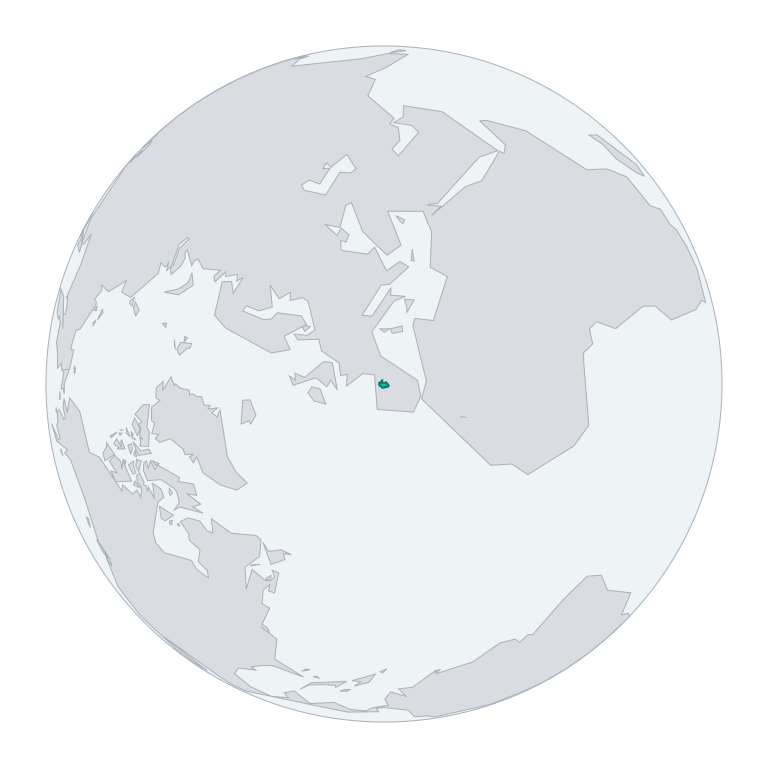 globe centered on Burgos, rotated 274°
{"feature_id": "ESP-5810", "entity_name": "Burgos", "entity_type": "Autonomous Community", "adm_level": 1, "iso_a3": "ESP", "parent_name": "Spain", "parent_adm1": "", "projection": "orthographic", "projection_center": [-3.389, 42.329], "detail": "fine", "context": "on_globe", "style": "filled", "palette": "teal", "viewbox_px": 768, "rotation_deg": 274, "n_neighbors": 0, "source": "natural_earth", "source_scale": "10m", "svg_char_len": 12362}
<svg xmlns="http://www.w3.org/2000/svg" viewBox="0 0 768 768"><g transform="rotate(274 384 384)"><circle cx="384" cy="384" r="338" fill="#eef3f6" stroke="#a8b0b8"/><path d="M97.8,563.6L91.7,552.9L84.8,539.7L72.0,512.9L55.5,458.3L55.9,449.1L54.1,437.7L60.3,430.8L61.3,406.9L59.9,399.0L56.7,401.5L54.2,371.0L56.9,349.3L68.1,267.7L73.4,253.9L80.0,241.4L116.6,181.8L85.5,227.8L93.5,212.9L106.0,193.4L106.5,193.7L125.0,170.5L136.7,156.4L163.2,133.0L191.5,119.0L183.2,125.4L191.0,122.1L201.9,114.1L207.2,109.9L248.7,93.5L286.7,76.5L293.0,70.2L296.1,73.0L304.3,61.5L321.3,55.3L305.5,63.2L306.6,64.8L319.8,60.5L323.8,61.3L332.5,60.0L336.0,61.7L326.6,67.1L328.7,68.5L337.9,65.5L347.3,65.9L333.4,70.0L348.3,71.4L335.3,82.4L295.2,94.9L291.2,105.2L258.8,130.0L265.1,130.2L256.8,140.8L260.9,145.2L253.7,149.3L263.3,149.5L269.1,144.9L275.2,143.7L278.2,146.1L269.5,151.5L266.8,151.1L265.8,154.0L260.2,155.7L264.6,156.2L253.8,163.0L268.9,160.1L263.8,168.8L255.4,172.3L250.8,166.8L219.7,164.1L209.7,167.3L200.4,176.6L194.5,204.1L185.8,210.3L178.1,222.5L185.4,220.9L194.0,211.0L205.7,212.0L214.8,200.6L220.9,199.6L232.6,190.6L236.7,197.7L234.4,209.8L224.9,217.9L223.7,223.7L237.5,221.2L224.5,242.1L224.0,266.9L219.9,272.1L203.5,272.0L191.4,258.1L170.0,260.9L189.8,265.3L179.4,279.7L180.2,285.0L184.2,288.3L190.5,285.5L188.2,292.1L167.8,289.4L169.6,283.3L176.0,284.0L170.2,277.9L156.4,277.6L152.3,285.6L135.8,279.0L132.6,284.9L127.3,287.2L133.4,278.0L122.0,294.9L102.0,294.2L86.1,324.0L95.3,292.5L94.7,281.5L92.5,271.5L89.6,276.1L90.5,258.6L84.7,255.1L72.6,272.2L64.5,293.9L64.4,310.6L69.0,306.0L71.6,315.6L60.0,332.6L62.9,356.2L57.0,373.1L56.6,388.5L60.5,395.9L63.8,410.6L69.5,406.8L77.3,412.1L73.9,427.7L80.9,419.9L83.4,433.5L100.9,454.4L98.7,456.3L112.9,491.8L133.8,517.8L138.7,532.8L135.6,537.3L144.1,545.3L144.3,549.7L182.8,579.0L206.5,600.2L208.4,614.2L193.9,621.4L192.9,644.7L170.1,637.0L172.5,643.8L169.1,644.8L165.2,641.5L146.1,624.0L128.5,605.2L112.3,585.0L97.8,563.6ZM80.9,332.2L84.7,367.6L77.9,356.8L80.0,356.7L80.0,345.6L78.5,330.1L73.8,321.7L80.9,332.2ZM92.9,326.8L91.8,321.9L93.5,325.6L92.9,326.8ZM208.9,108.0L201.7,114.0L190.4,121.2L195.9,116.0L208.9,108.0ZM231.0,96.3L228.7,98.8L220.3,101.2L224.2,98.9L231.0,96.3ZM296.7,66.1L290.0,68.8L295.1,66.0L296.7,66.1ZM333.0,59.6L333.7,58.7L337.9,58.5L333.0,59.6ZM229.5,187.5L231.0,189.0L228.0,189.8L229.5,187.5ZM233.2,182.3L228.7,182.1L229.8,179.7L232.5,179.8L233.2,182.3ZM347.2,61.1L353.8,61.4L345.5,61.9L347.2,61.1ZM238.4,183.1L232.3,175.4L234.3,171.2L246.3,168.5L238.4,183.1ZM356.6,62.2L372.8,63.7L375.6,61.6L376.8,69.3L362.7,65.0L351.9,65.7L357.5,63.9L356.6,62.2ZM269.6,142.5L263.6,147.4L265.8,141.2L269.6,142.5ZM269.6,138.9L267.7,123.1L278.2,117.7L276.7,123.8L287.9,115.4L293.9,120.4L289.1,126.2L281.1,128.6L289.5,128.8L269.6,138.9ZM374.9,73.7L377.4,75.2L373.0,74.7L374.9,73.7ZM277.9,142.7L276.6,139.8L285.5,134.7L289.7,139.7L285.5,139.7L277.9,142.7ZM288.0,111.0L295.3,108.5L302.2,111.7L306.0,111.3L295.0,120.1L288.0,111.0ZM285.0,142.1L291.6,142.5L290.2,147.2L279.7,145.3L285.0,142.1ZM286.0,131.4L290.5,129.3L289.4,132.1L286.0,131.4ZM288.7,165.1L286.9,161.2L291.4,158.1L288.7,165.1ZM294.2,142.3L294.7,140.7L296.3,139.2L300.3,140.5L294.2,142.3ZM300.6,122.0L301.9,124.1L305.5,118.5L310.8,121.2L302.4,126.7L308.2,125.4L309.9,126.3L301.2,130.0L300.6,122.0ZM309.0,137.5L300.2,146.2L302.5,153.8L298.6,156.7L295.6,143.9L309.0,137.5ZM305.2,132.7L306.7,136.2L301.0,137.7L296.5,136.2L305.2,132.7ZM317.4,121.1L311.4,115.6L313.4,114.6L317.4,121.1ZM310.8,139.3L312.9,137.2L311.6,139.7L310.8,139.3ZM316.6,126.2L314.2,124.3L316.6,123.2L316.6,126.2ZM319.1,134.9L316.2,137.5L313.0,136.5L319.1,134.9ZM318.8,130.7L322.7,129.7L313.6,134.5L317.4,129.9L318.8,130.7ZM319.2,125.5L319.9,124.3L319.9,126.5L319.2,125.5ZM332.6,137.7L322.0,144.0L315.1,141.5L326.3,135.6L332.6,137.7ZM595.5,120.5L590.3,116.4L593.2,119.3L587.3,115.2L600.9,127.0L593.0,121.6L607.4,134.1L610.8,135.6L601.7,126.5L617.6,140.7L618.6,140.8L635.4,158.2L651.0,176.8L665.1,196.5L677.9,217.2L689.1,238.7L698.7,260.9L706.7,283.8L701.8,271.4L705.9,286.1L702.1,276.9L694.5,269.8L698.4,291.1L707.0,339.5L714.1,365.4L714.5,384.9L700.4,364.7L689.4,344.2L687.3,354.1L670.4,347.8L649.7,375.5L644.1,371.6L640.8,380.2L628.4,382.9L618.9,375.6L612.6,382.3L637.4,401.0L643.8,393.8L645.5,375.6L651.5,384.4L663.0,384.1L659.7,423.0L624.7,481.1L616.9,463.1L567.7,424.7L566.7,417.1L566.3,416.4L565.5,415.2L565.4,428.4L555.5,419.7L586.5,451.4L593.6,467.3L624.2,482.8L622.4,487.7L631.0,488.5L653.1,461.2L654.2,467.9L646.4,508.0L611.9,571.3L614.1,591.8L607.4,611.9L580.5,636.9L577.5,647.8L562.8,658.4L558.3,664.8L543.4,675.7L520.6,688.3L487.7,699.1L489.9,695.2L480.0,689.8L467.9,666.2L480.8,648.9L479.6,636.8L455.3,611.2L461.0,591.8L453.4,585.1L438.4,589.4L429.1,580.9L419.6,581.7L357.1,591.2L335.5,577.7L303.6,533.8L313.1,517.3L310.4,496.1L371.8,422.5L389.9,426.1L444.0,408.8L451.6,410.2L450.7,428.8L495.6,439.7L503.7,421.9L539.0,420.9L559.0,410.9L556.6,375.6L523.7,391.3L512.7,378.0L534.7,352.0L562.7,338.9L559.3,333.4L537.1,329.2L539.0,314.3L528.9,326.8L536.4,330.5L530.3,338.8L523.1,336.0L524.0,330.6L514.3,332.0L512.4,358.5L519.8,365.1L497.1,378.6L507.2,391.3L502.7,400.5L483.9,382.7L482.3,374.2L451.1,357.4L450.8,367.3L480.2,384.2L473.1,384.4L472.9,399.3L467.4,388.2L435.4,368.3L411.9,378.5L389.9,417.3L374.5,421.5L358.0,415.3L358.2,379.0L392.5,373.9L393.0,362.2L379.3,346.6L390.9,346.8L389.5,340.2L401.9,337.7L412.6,319.5L424.1,315.7L421.9,295.1L427.6,290.7L427.2,303.9L433.1,311.4L461.0,302.6L464.5,296.9L460.8,284.6L469.0,284.3L461.9,273.5L474.7,263.5L453.1,267.2L448.2,254.1L452.5,241.3L447.0,238.0L440.0,259.0L440.8,267.0L447.6,272.6L446.2,296.4L438.0,302.6L424.8,281.1L411.7,287.9L407.1,269.3L428.8,222.0L441.0,210.1L474.7,215.5L475.6,224.8L463.9,227.2L480.5,236.1L476.4,230.0L483.1,230.1L480.2,218.6L484.8,218.2L474.1,208.3L479.4,206.6L486.1,212.9L486.3,195.6L495.8,189.7L493.6,186.1L488.6,183.9L503.8,178.6L501.6,176.2L495.7,177.0L487.3,172.9L478.4,164.1L484.2,162.7L488.2,165.7L505.2,170.5L514.9,179.4L516.3,178.0L509.3,170.0L488.5,164.1L481.6,159.2L491.4,160.7L487.3,159.7L485.6,156.9L489.4,153.1L478.6,151.1L452.6,125.1L457.3,116.1L468.9,119.6L456.8,102.7L463.1,95.4L457.6,95.9L448.2,89.2L446.1,91.3L442.8,91.1L417.5,76.9L416.1,73.1L399.0,69.2L396.2,69.7L396.3,72.1L376.8,69.3L375.6,61.6L382.0,60.7L376.8,57.2L392.2,56.2L402.5,54.4L422.4,56.7L428.8,55.7L426.0,54.5L432.7,52.9L456.1,55.1L449.4,58.4L416.8,59.8L431.2,59.2L431.5,61.1L439.0,62.3L448.8,62.2L447.7,61.0L482.2,73.2L513.3,81.6L502.2,74.7L503.4,72.7L529.0,80.2L580.3,109.6L582.4,110.5L582.6,110.6L595.5,120.5ZM356.7,462.0L356.5,468.7L356.7,462.0ZM596.7,341.2L610.5,330.9L596.6,316.0L600.7,311.0L594.5,308.1L595.5,315.0L579.0,305.9L582.2,295.1L576.6,287.8L571.6,291.0L568.5,312.5L592.1,325.2L592.2,336.0L596.7,341.2ZM101.6,454.9L103.3,460.4L100.1,457.1L101.6,454.9ZM74.6,361.4L76.5,366.4L76.8,371.3L74.8,368.5L74.6,361.4ZM96.7,400.2L100.1,406.7L95.6,402.6L96.7,400.2ZM85.8,372.8L93.9,395.6L85.3,389.7L80.6,375.5L85.2,381.5L85.8,372.8ZM87.1,333.6L87.8,337.7L86.0,339.6L87.1,333.6ZM94.1,329.6L93.4,328.7L94.1,324.9L94.1,329.6ZM180.6,279.8L182.2,280.2L185.2,284.6L181.7,284.7L180.6,279.8ZM211.5,292.9L207.2,303.4L207.8,295.7L202.0,297.4L196.1,283.9L217.6,274.2L208.9,280.7L211.5,292.9ZM194.3,264.2L195.5,273.2L193.3,263.8L194.3,264.2ZM369.9,308.8L376.2,312.3L374.7,320.4L360.0,327.4L362.1,315.5L369.9,308.8ZM385.5,315.7L376.5,293.6L385.2,289.1L381.8,295.3L388.5,294.5L384.9,304.3L402.1,322.4L401.8,330.9L375.0,337.8L383.9,330.6L377.2,327.2L385.5,315.7ZM337.9,252.0L334.1,244.2L358.0,244.2L358.8,251.5L344.3,258.4L334.8,253.8L337.9,252.0ZM260.8,180.5L257.9,178.9L260.2,177.2L264.8,177.2L260.8,180.5ZM287.5,163.5L276.5,186.5L272.5,185.6L270.8,201.0L259.7,204.9L261.1,194.6L251.3,209.6L248.1,201.9L242.6,212.5L247.0,189.2L243.7,183.4L251.6,188.2L262.0,184.7L265.5,181.4L273.0,168.2L271.1,154.9L281.1,149.9L288.6,150.0L290.6,152.4L283.5,154.7L291.2,156.4L282.4,161.7L287.5,163.5ZM371.2,163.7L362.1,163.6L376.2,171.1L367.5,175.0L369.7,175.7L365.5,181.6L364.2,190.1L359.5,190.9L361.0,193.9L358.3,198.2L358.8,202.7L350.5,206.1L350.5,212.0L346.6,210.3L348.7,219.8L343.4,214.3L339.4,219.8L346.7,222.2L300.7,232.8L285.5,242.7L275.7,254.4L267.9,244.3L272.0,227.5L282.8,209.7L298.5,202.1L292.1,199.4L297.8,195.1L300.5,199.1L299.7,190.5L305.0,188.2L314.6,174.6L310.2,164.6L313.6,159.7L318.0,162.5L318.3,155.8L328.9,157.9L331.6,154.6L344.8,153.8L351.8,161.7L354.2,157.5L364.3,157.1L371.2,163.7ZM336.4,137.7L346.7,145.3L347.0,151.5L324.0,150.5L320.1,153.2L305.3,153.5L305.1,144.7L309.4,145.4L313.4,144.0L311.9,147.2L316.2,143.6L322.2,144.6L327.1,142.1L329.2,145.2L336.4,137.7ZM457.1,401.9L462.4,401.4L470.0,398.5L470.0,408.2L457.1,401.9ZM435.1,388.7L439.5,386.5L443.2,398.0L437.7,398.9L435.1,388.7ZM438.7,375.9L439.4,385.5L435.7,380.8L438.7,375.9ZM430.9,301.4L435.2,298.7L436.9,301.3L436.0,306.3L430.9,301.4ZM411.0,189.4L405.8,187.7L406.3,185.8L398.5,177.9L404.3,174.8L411.3,178.3L411.0,189.4ZM552.9,384.1L549.0,393.1L545.1,391.6L547.2,388.8L552.9,384.1ZM509.0,402.7L520.5,402.8L508.8,405.4L509.0,402.7ZM416.1,184.7L412.2,181.7L417.5,182.0L416.1,184.7ZM408.2,172.2L413.9,171.7L404.1,173.5L408.2,172.2ZM647.3,579.1L620.4,620.6L609.6,629.1L611.7,622.6L624.5,600.4L638.5,585.2L646.5,571.3L647.3,579.1ZM714.8,366.6L718.5,375.4L718.1,382.7L714.8,366.6ZM460.3,158.5L464.6,172.5L471.5,181.6L481.5,184.7L469.3,186.8L458.6,172.8L460.3,158.5ZM452.9,129.1L444.2,127.3L446.6,124.7L449.0,124.8L452.9,129.1ZM448.6,130.4L440.5,134.7L434.7,131.5L442.3,128.7L448.6,130.4ZM428.7,158.6L429.5,162.8L425.2,162.3L428.7,158.6ZM524.1,76.5L526.5,77.6L534.9,81.7L518.5,74.6L509.4,70.3L511.0,70.8L511.5,71.0L524.1,76.5ZM511.9,71.8L515.7,73.8L499.6,72.2L494.0,71.0L501.4,68.8L505.4,70.8L511.0,72.3L511.9,71.8ZM380.0,74.0L377.7,75.1L377.4,73.4L380.0,74.0ZM441.9,92.4L437.3,91.9L437.2,89.7L441.9,92.4ZM424.6,89.5L427.9,92.3L422.0,89.9L424.6,89.5ZM435.7,98.8L428.1,93.7L438.8,97.8L435.7,98.8Z" fill="#d9dde1" stroke="#a8b0b8" stroke-width="1"/><path d="M386.4,382.1L386.1,382.2L385.9,382.2L385.6,382.2L385.4,382.2L385.4,382.3L385.4,382.5L385.2,382.7L385.2,382.8L385.3,382.8L385.3,383.0L385.5,383.2L385.5,383.3L385.4,383.4L385.4,383.6L385.5,383.7L385.4,383.8L385.2,383.9L385.3,384.0L385.3,384.3L385.3,384.5L385.2,384.7L385.2,384.8L385.3,385.0L385.5,385.2L385.5,385.3L385.7,385.5L385.8,385.5L385.9,385.4L386.0,385.4L386.0,385.5L386.1,385.8L385.9,386.2L385.8,386.3L385.7,386.4L385.6,386.6L385.4,386.6L385.0,387.2L384.9,387.0L384.8,386.9L384.7,386.9L384.6,386.7L384.5,386.8L384.4,386.9L384.5,387.3L384.3,387.4L384.2,387.5L384.1,387.8L383.7,388.4L383.4,388.3L383.2,388.5L382.9,388.5L382.7,388.5L382.5,388.8L382.5,389.1L382.3,389.1L382.2,388.9L381.8,388.6L381.4,388.4L381.3,388.2L381.2,388.1L381.2,387.8L381.2,387.7L381.1,387.3L381.1,387.2L380.9,386.9L380.9,386.7L381.1,386.7L381.3,386.6L381.4,386.4L381.7,386.3L381.8,386.2L381.7,386.0L381.3,386.2L381.2,386.2L381.4,385.8L381.5,385.7L381.4,385.6L381.0,385.7L380.9,385.6L380.8,385.2L380.4,385.1L380.5,384.9L380.3,384.7L380.1,383.7L379.9,383.6L379.9,383.3L380.0,383.2L380.3,383.2L380.2,382.8L380.1,382.7L380.1,382.4L380.2,382.1L380.1,381.9L380.3,381.8L380.6,381.6L380.8,381.5L381.0,381.4L381.3,381.1L381.4,381.3L381.5,381.4L381.9,381.2L382.1,381.2L382.1,380.9L381.9,380.8L381.8,380.7L382.1,380.5L382.0,380.4L381.9,380.3L381.8,380.5L381.7,380.6L381.4,380.5L381.4,380.4L381.5,380.1L381.7,379.9L381.8,379.8L382.0,379.8L382.0,379.7L382.3,379.5L382.4,379.4L382.5,379.4L382.7,379.1L382.8,379.0L383.0,379.0L383.3,379.1L383.5,379.2L383.9,379.2L384.1,379.1L384.5,378.9L384.8,379.0L385.0,379.0L384.9,379.3L385.0,379.4L385.1,379.5L385.0,379.8L385.2,380.0L385.3,380.0L385.4,379.8L385.5,379.7L385.6,379.8L385.7,380.0L385.6,380.3L385.8,380.3L385.8,380.5L385.7,380.5L385.4,380.6L385.1,380.6L385.0,380.4L384.9,380.4L384.7,380.4L384.6,380.5L384.5,380.8L384.7,381.0L384.8,381.0L384.8,380.9L385.0,380.8L385.1,380.7L385.2,380.8L385.1,381.0L385.1,381.3L385.3,381.4L385.5,381.4L385.7,381.5L385.8,381.6L386.0,381.8L386.3,382.0L386.4,382.1ZM381.0,385.1L381.0,384.9L380.9,384.9L380.9,385.0L381.0,385.1ZM386.8,381.2L386.9,381.3L387.0,381.3L387.3,381.4L387.5,381.4L387.6,381.5L387.4,381.7L387.4,381.8L387.5,381.9L387.6,382.0L387.6,381.9L387.8,381.9L387.8,382.0L387.7,382.1L387.3,382.1L387.1,382.0L386.8,381.9L386.5,381.8L386.4,381.7L386.2,381.5L386.3,381.5L386.3,381.4L386.5,381.3L386.8,381.2Z" fill="#14b8a6" stroke="#0f766e" stroke-width="1.5"/></g></svg>